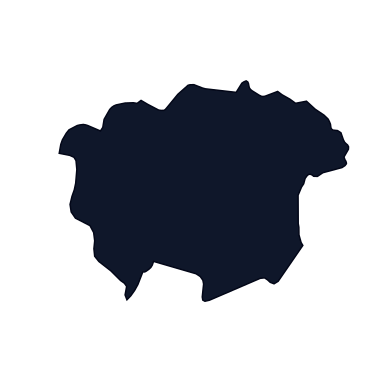 Nord-Ouest, Albers equal-area conic projection, rotated 197°
{"feature_id": "CMR-1477", "entity_name": "Nord-Ouest", "entity_type": "Province", "adm_level": 1, "iso_a3": "CMR", "parent_name": "Cameroon", "parent_adm1": "", "projection": "albers", "projection_center": [10.325, 6.427], "detail": "fine", "context": "isolated", "style": "filled", "palette": "ink", "viewbox_px": 384, "rotation_deg": 197, "n_neighbors": 0, "source": "natural_earth", "source_scale": "10m", "svg_char_len": 1802}
<svg xmlns="http://www.w3.org/2000/svg" viewBox="0 0 384 384"><g transform="rotate(197 192 192)"><path d="M70.4,173.3L83.5,131.8L86.7,128.2L90.8,128.5L94.1,130.1L97.5,131.1L101.5,129.4L143.7,93.6L147.7,91.3L150.1,91.8L151.5,94.6L154.0,107.4L155.8,110.8L159.4,113.6L164.2,115.0L208.5,114.4L208.6,110.5L209.3,107.8L210.7,105.4L212.9,102.6L213.9,101.7L214.9,101.5L215.7,100.9L216.7,87.7L218.1,81.1L220.2,74.8L222.7,69.9L225.9,74.0L226.9,82.6L230.0,85.0L234.5,86.5L246.6,92.9L260.7,98.3L266.3,102.1L269.2,109.0L270.8,116.9L274.2,124.5L279.7,130.0L295.8,132.9L301.7,137.6L305.0,144.5L305.5,152.8L305.2,159.7L305.8,166.4L308.7,179.8L312.1,188.1L315.0,190.7L319.6,191.3L330.3,190.2L331.4,199.2L331.2,204.0L329.4,211.5L327.8,215.5L321.2,222.0L319.0,223.3L315.7,224.8L313.3,225.1L311.2,225.1L297.4,223.6L296.2,227.7L297.3,235.8L294.8,246.9L293.5,249.5L291.9,251.5L290.0,253.1L282.0,257.5L274.2,260.2L270.4,260.7L267.5,264.7L260.0,262.9L247.8,260.6L245.4,261.0L242.6,261.9L241.6,263.2L240.8,265.0L234.1,281.3L227.0,292.9L225.4,293.9L221.6,295.2L212.4,294.5L209.3,294.6L178.9,300.2L176.1,310.7L174.6,312.5L172.7,314.1L170.9,313.6L169.7,312.2L168.8,310.4L167.7,308.5L166.1,307.2L164.2,306.4L156.0,304.2L153.3,303.8L151.5,304.3L150.1,305.0L139.5,313.2L134.2,311.3L125.5,309.4L118.9,307.1L109.1,312.3L98.4,307.2L88.2,304.1L83.1,301.5L81.0,299.3L79.4,297.3L78.0,294.2L77.1,293.1L75.3,292.4L70.8,293.3L66.9,292.2L62.6,286.3L60.7,284.3L58.9,283.3L57.0,282.5L55.5,281.0L54.9,278.6L56.9,269.9L55.1,267.5L53.9,266.5L53.7,266.2L53.4,265.8L53.1,265.4L52.6,264.2L53.4,262.0L55.7,259.2L72.5,248.7L76.6,243.6L80.3,242.6L81.8,243.3L83.8,243.6L85.6,243.0L86.8,241.0L87.8,238.0L87.6,232.5L88.7,228.8L89.6,219.9L81.2,192.9L79.5,189.5L77.2,182.3L72.9,175.6L70.4,173.3Z" fill="#0f172a" stroke="#020617" stroke-width="1.5"/></g></svg>